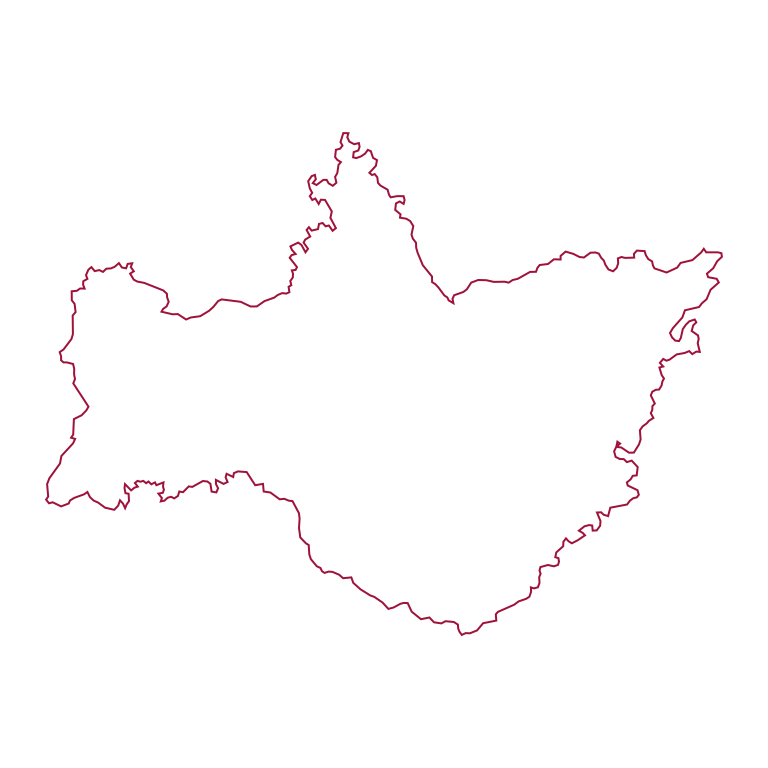 Pitanga, Paraná, Brazil (Mercator projection)
{"feature_id": "56859067B90114690240783", "entity_name": "Pitanga", "entity_type": "district", "adm_level": 2, "iso_a3": "BRA", "parent_name": "Brazil", "parent_adm1": "Paraná", "projection": "mercator", "projection_center": [-51.781, -24.675], "detail": "fine", "context": "isolated", "style": "outline", "palette": "rose", "viewbox_px": 768, "rotation_deg": 0, "n_neighbors": 0, "source": "geoboundaries", "source_scale": "gbopen_adm2", "svg_char_len": 6074}
<svg xmlns="http://www.w3.org/2000/svg" viewBox="0 0 768 768"><path d="M616.3,446.8L621.3,447.5L629.0,452.7L633.9,452.6L639.0,444.4L640.6,439.5L639.9,430.2L642.6,426.4L646.7,423.4L648.9,420.8L653.4,418.0L650.8,413.2L652.3,409.9L652.4,406.2L654.8,403.5L650.8,395.4L652.3,391.7L655.8,389.8L659.2,389.5L661.6,385.4L662.4,381.4L664.0,378.6L661.7,375.1L659.4,367.5L663.2,366.5L659.9,362.9L663.2,358.9L666.4,360.7L669.6,359.6L676.7,354.4L684.6,353.0L689.2,351.1L692.3,354.1L696.3,351.6L699.8,351.9L697.7,343.2L698.7,338.9L698.0,335.4L691.7,331.0L693.2,325.4L696.3,322.3L694.7,319.5L689.3,321.3L685.8,324.8L682.8,329.1L680.8,338.0L679.0,341.1L675.2,340.6L671.9,337.2L670.0,333.0L673.0,328.0L682.4,317.4L684.9,310.3L699.1,307.0L701.7,303.5L706.6,299.2L710.6,289.7L718.8,282.5L716.7,278.8L708.2,277.2L706.9,273.7L713.2,268.3L717.2,261.2L721.9,256.8L721.4,253.2L717.8,252.3L706.2,252.3L703.8,248.8L701.1,252.5L692.4,260.1L680.6,262.9L677.2,267.6L666.6,272.5L654.5,268.4L652.9,265.4L652.1,261.4L648.3,259.1L645.9,255.3L644.6,251.1L636.9,250.6L633.9,253.9L634.2,257.6L625.1,257.9L621.4,257.0L617.9,258.4L618.2,263.3L616.7,267.8L613.1,271.3L608.5,269.5L605.4,264.8L603.8,260.5L601.1,257.7L598.8,253.6L595.6,252.5L590.5,252.7L583.9,257.5L579.5,257.0L573.4,253.9L565.6,251.6L560.6,255.9L560.6,259.5L553.9,259.3L548.0,264.0L539.7,265.0L537.4,267.9L536.0,271.8L530.1,271.9L517.8,278.8L512.7,280.0L508.7,282.6L504.5,281.7L493.9,281.9L486.3,280.2L478.2,280.0L471.2,282.6L466.8,289.4L463.3,292.0L454.2,295.2L452.5,298.8L453.4,303.2L448.7,300.4L447.3,297.4L444.3,295.4L438.3,287.3L435.4,284.2L432.1,282.1L432.0,276.5L422.8,265.2L417.6,252.7L416.2,247.8L416.0,242.7L412.9,238.7L411.5,234.6L413.3,226.1L410.2,221.1L406.3,218.7L400.0,217.7L400.5,214.3L395.2,209.9L396.0,203.4L399.7,201.5L403.6,203.9L404.6,200.1L403.6,196.2L397.4,196.1L390.6,197.3L389.0,194.7L387.6,189.7L380.5,185.6L378.0,182.9L377.3,177.3L374.7,174.1L371.9,175.0L369.4,172.8L375.9,165.8L377.0,160.1L373.1,157.9L370.8,151.2L367.8,149.9L365.1,153.6L361.0,156.4L356.2,158.1L353.1,157.3L353.7,152.1L358.3,150.5L359.6,146.8L358.9,143.1L354.2,144.2L349.3,141.6L347.3,137.2L348.4,133.2L343.3,133.1L340.5,142.1L342.5,145.6L340.1,148.7L335.9,149.8L335.1,157.1L337.3,159.9L340.9,162.1L338.5,164.9L337.3,173.1L335.1,176.9L336.4,182.7L332.8,185.8L328.6,183.3L326.7,179.9L323.3,179.9L316.5,185.0L312.8,183.1L315.8,179.3L314.9,174.9L311.7,176.1L308.2,181.2L309.8,188.4L312.2,192.8L309.8,196.2L312.3,200.0L315.3,198.5L318.7,204.0L320.9,199.7L325.0,199.9L331.8,211.4L330.4,217.9L335.9,228.1L332.6,230.8L328.9,225.5L325.6,226.3L322.6,223.0L319.0,223.9L318.0,229.1L311.7,230.6L308.9,227.2L306.6,230.0L310.2,236.5L305.2,239.6L303.6,242.6L308.0,248.8L305.5,252.3L301.5,245.0L298.2,242.6L290.4,246.4L292.0,250.0L295.6,254.0L291.6,255.1L289.7,257.8L297.0,267.1L295.6,269.9L291.9,270.4L293.0,273.7L292.8,277.5L290.3,281.0L291.3,285.2L288.6,286.8L289.4,292.2L286.2,293.6L282.2,293.1L277.7,295.0L274.3,297.6L264.5,301.1L256.9,306.4L250.6,306.5L240.7,301.8L221.6,299.4L218.1,301.1L213.3,307.0L209.2,310.7L200.2,316.2L190.7,317.5L186.1,319.5L177.9,314.1L172.6,314.3L161.5,311.7L163.1,308.9L166.6,306.4L168.7,301.8L167.1,297.3L166.9,293.7L163.2,290.4L144.3,282.9L137.4,281.6L133.8,279.7L130.1,273.6L133.8,271.3L130.8,267.1L132.2,263.3L127.7,263.9L126.1,268.3L121.9,267.5L118.9,263.1L114.7,266.8L110.9,268.4L106.3,268.7L103.0,271.9L99.3,270.1L94.7,271.1L91.4,267.1L88.4,269.7L86.0,275.1L87.4,278.9L83.3,281.2L83.1,284.7L84.6,288.6L80.1,288.5L76.8,290.8L71.7,291.3L71.8,300.3L74.6,303.9L75.6,312.1L72.7,315.5L72.9,334.2L71.4,339.1L63.5,349.5L59.7,352.1L61.1,356.3L61.1,360.3L63.5,362.4L66.9,362.4L73.1,364.0L74.2,368.8L74.1,374.5L75.0,379.0L73.3,383.4L88.5,406.7L86.3,410.4L81.7,415.2L73.9,419.1L73.2,434.6L71.1,437.7L75.1,438.9L73.1,443.3L61.4,456.0L60.0,463.5L49.4,478.2L47.1,484.1L48.2,496.6L46.1,499.6L49.0,503.3L52.7,502.3L61.1,506.4L68.7,503.5L70.0,500.5L74.2,497.9L84.1,494.3L87.4,492.0L90.0,497.2L93.7,500.6L98.0,502.5L105.1,507.7L114.3,509.8L118.2,505.6L120.0,500.3L123.0,503.6L125.1,508.2L126.6,504.5L129.0,501.1L128.6,493.7L125.5,493.2L124.5,488.1L125.0,484.1L131.1,490.4L134.6,487.6L137.8,486.6L134.9,483.0L137.5,480.9L140.5,481.7L143.3,480.9L146.1,483.2L148.5,481.5L151.3,484.3L155.0,482.4L156.4,485.2L163.5,482.4L163.0,486.6L163.9,489.7L162.8,492.8L158.4,493.6L161.9,498.1L160.8,501.4L164.4,500.7L167.7,497.7L171.1,496.8L174.2,498.4L177.9,496.0L179.3,491.5L183.0,492.2L188.8,486.4L192.3,486.9L202.9,481.0L207.4,481.5L210.4,483.8L211.6,491.6L216.3,492.4L218.1,488.3L216.0,484.1L215.9,479.9L223.6,483.9L227.6,482.0L225.6,477.3L226.6,473.8L233.2,477.0L233.9,473.1L238.0,471.4L246.7,472.1L255.2,485.2L263.0,483.9L263.7,491.5L270.4,492.5L279.7,499.3L284.3,498.8L288.9,500.7L292.5,501.1L298.9,513.1L299.6,518.5L299.0,528.0L300.3,537.5L305.9,543.3L308.7,545.0L309.3,554.4L310.9,559.2L316.8,566.3L320.4,567.9L322.0,571.2L324.5,572.9L328.6,571.6L332.5,571.9L339.1,574.7L343.1,578.2L351.3,577.4L353.3,582.9L360.6,589.4L370.2,595.4L374.3,596.9L382.5,602.5L388.4,608.9L393.6,607.5L400.4,603.8L403.8,602.9L407.7,603.1L411.7,611.7L421.0,619.2L429.4,617.5L434.0,622.3L441.4,623.4L445.5,621.2L453.9,622.0L457.9,624.6L458.2,628.5L459.4,631.6L461.8,634.9L465.7,633.1L469.9,633.3L477.1,630.4L483.1,623.2L496.3,620.6L495.8,614.3L497.9,611.9L514.2,604.7L518.6,601.4L526.2,598.8L529.4,596.7L531.1,591.8L530.9,587.4L533.9,588.4L537.9,587.3L539.5,582.9L539.2,577.1L540.6,573.7L539.5,570.5L540.4,567.1L547.9,565.0L553.9,566.3L558.0,564.9L559.0,561.6L558.4,558.1L555.3,557.2L556.3,552.4L563.2,546.2L563.4,541.7L566.0,538.4L568.5,541.2L571.8,543.3L577.8,540.2L585.0,535.3L582.7,532.9L578.9,530.7L584.5,526.3L589.0,525.1L592.2,525.5L592.7,530.6L596.7,530.4L600.1,525.8L600.5,521.1L597.0,512.5L601.1,512.3L603.6,514.7L608.1,516.1L610.3,507.7L627.1,504.5L629.9,500.7L633.1,498.3L636.9,497.3L638.8,494.8L637.5,490.2L627.7,485.5L626.9,482.4L630.6,479.4L632.8,475.8L636.7,475.4L637.7,467.1L631.7,460.6L626.9,462.1L623.7,459.1L619.8,459.0L615.6,456.9L614.1,451.3L616.3,446.8ZM616.3,446.8L617.4,441.7L620.1,443.6L616.3,446.8Z" fill="none" stroke="#9f1239" stroke-width="2"/></svg>